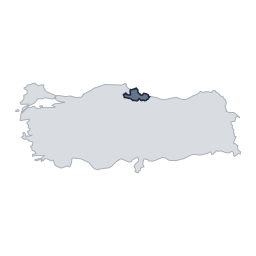 location of Samsun within Turkey
{"feature_id": "TUR-2296", "entity_name": "Samsun", "entity_type": "Province", "adm_level": 1, "iso_a3": "TUR", "parent_name": "Turkey", "parent_adm1": "", "projection": "robinson", "projection_center": [35.998, 41.292], "detail": "medium", "context": "in_parent", "style": "filled", "palette": "slate", "viewbox_px": 256, "rotation_deg": 0, "n_neighbors": 0, "source": "natural_earth", "source_scale": "10m", "svg_char_len": 5059}
<svg xmlns="http://www.w3.org/2000/svg" viewBox="0 0 256 256"><path d="M200.3,91.4L204.0,92.6L205.2,91.7L208.5,91.8L211.5,92.5L213.1,90.5L215.2,90.7L215.6,91.8L216.6,92.1L219.7,94.7L219.4,95.0L220.2,95.9L222.9,96.5L223.2,97.8L225.3,99.8L226.4,102.8L225.9,104.8L224.8,106.1L226.6,110.6L226.1,111.2L229.4,112.7L233.4,112.4L234.7,113.1L238.8,116.6L239.8,118.0L237.0,116.3L235.5,117.8L234.9,121.3L230.6,121.9L231.3,124.2L232.5,125.3L232.2,127.4L232.5,128.3L233.8,129.7L233.6,131.6L234.2,133.7L234.3,136.1L236.1,136.9L235.3,138.0L233.5,143.0L233.6,143.4L234.9,143.5L238.0,145.8L237.5,146.6L238.0,149.8L240.6,151.9L240.2,152.9L240.4,154.0L238.5,153.5L234.7,156.3L234.3,156.3L233.7,155.3L233.5,152.4L232.6,151.7L231.4,151.5L229.3,152.8L227.4,152.8L225.5,152.5L220.4,150.8L218.6,151.4L216.7,150.7L213.0,154.2L211.8,154.5L211.2,152.7L209.9,151.8L208.2,153.1L201.8,154.8L198.8,155.0L195.2,154.5L192.2,154.6L184.1,158.5L176.2,160.6L169.2,160.4L165.4,158.0L162.4,157.4L153.4,161.1L149.0,161.0L147.5,159.5L144.1,158.9L143.4,160.3L142.7,163.8L143.9,167.0L142.0,167.2L140.8,167.9L140.5,170.3L138.7,171.3L138.2,172.8L137.8,172.8L135.0,171.6L135.8,170.4L134.1,165.9L134.9,164.5L138.6,160.9L138.5,158.8L136.9,157.3L132.3,160.0L131.9,161.0L130.8,161.8L129.1,162.1L120.9,158.7L116.1,161.7L112.0,166.1L108.8,167.8L99.7,169.0L98.1,169.9L95.0,168.9L93.1,167.7L89.0,162.7L81.1,158.9L72.7,158.0L71.9,158.9L71.5,162.8L70.1,166.5L69.4,166.9L67.6,166.0L61.1,168.1L55.6,165.7L54.7,164.7L53.5,160.4L52.7,160.1L51.8,160.7L50.9,160.7L47.0,158.8L44.8,158.7L43.5,160.5L41.4,161.3L41.3,160.8L42.2,159.6L38.8,159.8L37.1,160.7L34.7,160.2L34.8,159.7L36.8,159.1L41.3,158.4L44.2,155.6L33.6,155.7L32.5,156.4L32.4,154.9L33.0,154.2L35.8,153.7L35.7,152.5L34.0,151.1L32.2,150.4L31.5,147.4L30.5,146.6L30.7,146.2L32.4,145.6L32.9,143.4L32.6,142.0L29.3,140.8L28.5,140.9L27.7,139.7L26.2,138.8L25.0,139.5L21.7,137.7L22.3,136.4L23.2,136.4L23.4,135.4L22.8,133.6L22.9,132.7L23.6,132.5L24.5,132.7L25.3,133.7L25.3,135.7L26.2,136.9L26.9,135.7L28.4,136.3L31.3,135.7L31.8,135.2L29.8,135.3L29.0,134.8L27.5,131.5L29.2,130.6L30.5,129.0L28.2,127.9L28.7,125.7L26.8,123.1L29.6,119.9L29.5,119.5L28.6,119.3L20.2,120.6L20.1,119.2L20.8,117.9L20.8,114.8L21.3,113.1L22.8,112.6L24.8,110.2L28.0,107.3L31.2,107.4L32.6,106.6L34.5,106.5L35.0,107.6L36.6,108.4L39.6,108.3L41.0,107.6L39.7,106.1L41.4,105.7L42.7,106.0L41.9,107.6L42.3,107.7L46.2,107.3L50.1,107.6L54.6,107.4L55.1,107.0L52.1,105.4L54.1,104.0L55.2,103.8L64.5,102.5L64.6,102.2L58.9,101.5L56.1,99.6L55.3,98.7L55.9,96.2L56.6,95.6L58.6,95.5L65.5,96.6L70.5,96.0L75.9,97.6L81.1,97.2L82.1,96.5L83.5,94.2L90.9,90.4L93.5,88.4L104.9,84.5L121.8,85.1L124.8,83.6L126.5,84.1L126.1,85.1L126.1,86.1L128.2,88.4L131.2,89.7L135.4,88.6L136.9,89.0L138.4,92.7L141.0,94.9L142.2,95.0L143.8,93.7L145.4,93.6L147.9,94.8L148.7,96.1L156.9,97.6L158.6,98.7L164.1,99.8L176.2,97.2L180.7,99.0L184.4,99.6L186.0,99.3L190.9,97.2L192.4,96.1L195.5,95.0L199.3,92.7L200.3,91.4ZM43.8,85.0L43.4,86.6L44.1,88.4L45.7,90.9L47.4,92.1L55.5,95.5L54.2,98.6L52.2,99.1L45.1,97.6L42.2,98.9L40.2,98.6L37.3,99.1L36.4,101.0L34.3,103.2L28.5,105.9L23.1,111.2L21.6,111.9L22.3,110.1L22.3,108.5L24.7,106.7L27.9,105.2L28.8,104.1L20.8,104.3L20.1,102.7L20.9,102.3L23.6,99.4L23.9,98.2L23.8,95.4L27.0,93.7L27.3,93.0L26.9,90.2L24.0,88.6L24.1,87.8L26.3,87.0L27.5,85.0L30.7,84.6L32.2,83.7L34.9,83.2L38.2,85.7L42.2,84.7L43.8,85.0ZM18.9,111.1L16.2,111.5L15.4,111.1L16.2,110.2L18.3,109.6L19.0,110.5L18.9,111.1Z" fill="#d9dde1" stroke="#a8b0b8" stroke-width="1"/><path d="M130.5,89.6L130.9,89.7L131.4,89.8L131.9,89.8L132.1,89.7L132.6,89.4L133.3,89.3L134.5,88.8L135.1,88.7L135.6,88.3L135.8,88.3L135.7,88.6L135.5,88.9L135.3,89.3L135.3,89.6L135.4,89.2L135.6,88.9L135.7,88.7L136.0,88.4L136.8,89.0L136.8,88.8L137.7,89.8L137.9,90.2L137.9,90.8L137.7,91.3L137.7,91.7L137.8,91.9L137.9,92.2L138.4,92.8L138.7,93.0L139.1,93.7L139.3,93.8L139.8,94.1L140.2,94.2L140.3,94.7L140.7,94.8L140.9,95.1L141.3,95.2L141.4,95.3L141.6,95.3L141.9,95.3L142.3,95.0L143.0,94.5L143.1,94.4L143.1,94.2L143.3,93.9L143.4,93.6L143.5,93.4L144.1,93.5L145.1,93.5L146.0,93.8L147.8,94.6L148.1,94.9L148.3,95.3L148.4,95.9L148.4,96.2L148.6,96.3L148.9,96.3L149.5,96.7L149.7,96.8L149.1,97.5L148.5,98.2L148.0,99.1L147.0,99.5L146.6,100.0L146.0,100.4L145.5,100.5L145.0,100.5L144.5,100.7L144.3,100.4L143.9,100.1L143.3,100.1L143.2,100.0L142.8,100.3L141.5,100.6L140.2,99.8L140.0,99.5L139.9,99.1L139.6,98.8L139.1,98.7L138.7,98.9L138.5,99.6L138.1,100.2L137.6,100.5L137.2,100.8L136.7,100.9L135.8,100.5L134.2,100.5L133.8,100.4L132.9,100.5L132.5,100.4L132.1,99.7L130.4,98.5L130.0,98.3L129.3,98.5L125.3,97.4L124.4,97.5L124.2,97.0L124.1,96.4L124.0,95.9L123.4,94.9L123.8,94.7L124.0,94.5L123.9,94.2L124.0,94.1L124.4,94.1L124.6,94.0L125.0,93.7L125.6,93.4L125.9,93.3L126.0,93.1L126.2,93.4L126.3,93.7L126.3,93.9L126.4,94.0L126.6,94.2L127.0,94.3L126.8,94.5L127.5,94.6L127.8,94.9L128.1,95.1L128.6,95.1L129.1,95.1L129.5,94.8L129.7,94.7L130.3,94.9L130.6,94.7L130.5,93.9L130.4,93.4L130.2,93.2L130.2,92.8L130.2,92.4L130.2,92.0L130.0,91.3L130.1,90.6L130.5,89.6Z" fill="#64748b" stroke="#1e293b" stroke-width="1.5"/></svg>